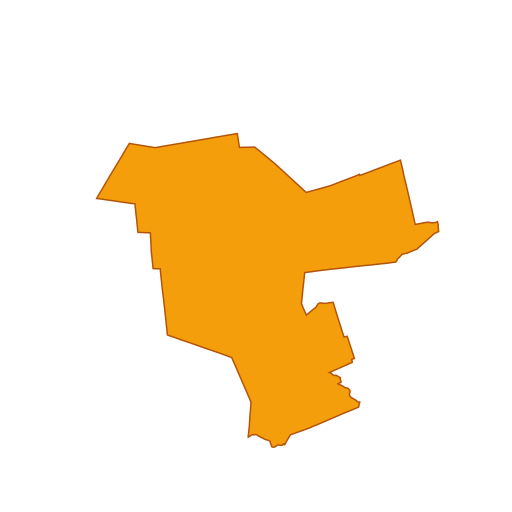 the district of Satchinez, Timis, Romania, rotated 32°
{"feature_id": "2599482B76356002585131", "entity_name": "Satchinez", "entity_type": "district", "adm_level": 2, "iso_a3": "ROU", "parent_name": "Romania", "parent_adm1": "Timis", "projection": "natural_earth1", "projection_center": [21.081, 45.93], "detail": "fine", "context": "isolated", "style": "filled", "palette": "amber", "viewbox_px": 512, "rotation_deg": 32, "n_neighbors": 0, "source": "geoboundaries", "source_scale": "gbopen_adm2", "svg_char_len": 4690}
<svg xmlns="http://www.w3.org/2000/svg" viewBox="0 0 512 512"><g transform="rotate(32 256 256)"><path d="M265.3,360.3L278.6,357.2L280.2,356.9L287.1,355.4L289.2,355.0L293.2,357.7L298.9,361.6L305.5,366.2L312.5,371.0L319.8,376.0L326.4,380.6L328.9,382.4L329.1,382.5L330.6,385.2L333.5,390.7L336.2,395.9L339.0,401.1L340.9,404.6L345.2,413.6L345.4,413.8L346.3,412.2L347.0,410.3L347.5,409.8L348.4,409.1L348.9,408.8L349.6,408.2L350.1,407.8L350.4,407.4L350.8,407.3L351.3,407.2L352.0,407.2L353.0,407.3L353.7,407.4L354.4,407.3L356.8,407.1L357.5,407.0L357.8,406.7L358.6,406.8L359.7,406.9L360.6,406.8L361.4,406.6L362.3,406.3L363.4,406.0L365.7,405.6L366.1,405.7L366.4,405.9L366.6,406.1L366.8,406.5L367.4,407.0L368.0,407.4L368.4,407.6L369.2,408.3L370.0,409.2L370.4,409.3L370.8,409.3L371.3,409.2L371.8,409.1L372.3,408.7L372.9,408.2L373.3,407.6L373.5,407.1L374.1,405.9L374.2,405.4L374.5,405.0L374.8,404.6L375.4,404.3L376.4,403.8L377.2,403.5L377.7,403.3L378.1,403.0L378.3,402.7L378.5,402.5L378.6,402.2L378.7,401.8L378.7,401.7L378.6,401.4L378.7,401.1L379.3,400.5L380.1,401.0L380.4,400.9L380.1,397.4L379.9,389.5L393.5,372.1L393.7,371.6L397.0,367.0L404.4,356.4L413.6,343.0L419.5,334.9L423.1,329.8L422.6,328.6L421.4,324.9L420.0,325.7L419.8,325.7L419.3,325.8L418.9,325.7L418.2,325.5L417.5,325.4L416.2,325.3L415.5,325.4L414.6,325.4L414.1,325.4L412.8,325.5L412.2,325.6L411.6,325.5L410.6,325.3L410.0,325.0L409.2,324.7L408.9,324.4L408.6,324.1L408.3,323.4L408.0,322.4L407.9,321.9L407.8,321.5L407.6,321.1L407.4,320.9L407.0,320.4L406.8,320.2L406.4,320.0L406.0,319.8L405.5,319.7L404.7,319.6L404.2,319.6L403.7,319.6L403.2,319.7L402.8,319.8L402.2,320.1L401.7,320.3L401.2,320.5L400.6,320.4L399.9,320.4L399.3,320.3L398.9,320.4L398.3,320.4L397.8,320.4L397.4,320.4L397.1,320.4L396.6,320.5L395.9,320.6L395.3,320.8L394.5,321.0L394.1,321.1L393.3,321.1L393.1,321.0L395.1,318.1L394.9,317.8L394.5,317.3L394.0,316.8L393.5,316.5L393.3,316.4L392.8,316.0L392.5,315.5L392.3,315.1L392.1,314.5L386.9,314.7L386.8,314.9L386.6,315.2L386.3,315.5L386.0,315.7L385.7,315.8L385.2,315.9L384.6,316.0L384.0,316.0L383.6,316.0L382.9,315.8L382.3,315.7L381.8,315.6L381.3,315.6L380.8,315.8L380.0,316.0L384.3,309.5L394.0,295.1L391.9,293.0L393.8,290.8L385.4,283.7L375.9,275.8L374.4,277.2L373.5,278.0L370.7,275.7L367.8,273.2L365.1,270.9L362.4,268.6L360.5,267.0L357.4,264.3L355.7,262.9L351.8,259.5L349.6,257.6L346.9,255.2L345.9,254.4L343.6,256.3L341.3,258.3L340.4,259.2L338.8,260.0L335.1,261.9L334.4,262.8L333.9,264.0L334.0,267.8L332.9,270.7L331.5,274.6L331.4,275.5L331.1,276.2L330.0,279.4L328.7,278.5L328.4,278.3L323.8,275.2L319.9,272.5L319.8,272.3L317.5,267.7L315.5,263.6L312.8,258.1L310.5,253.3L307.1,246.3L306.1,244.3L306.3,244.0L311.3,240.0L316.5,235.6L321.0,232.0L326.3,227.7L329.1,225.5L335.0,220.9L340.3,216.7L342.5,214.9L346.8,211.5L352.7,206.9L355.3,204.9L359.0,202.1L365.9,196.6L370.3,193.2L373.0,191.0L374.8,189.4L377.7,187.2L377.9,185.1L377.8,184.8L377.7,184.4L377.6,184.1L378.4,180.5L379.0,177.0L381.1,175.1L381.2,174.9L381.8,174.5L383.0,173.1L383.1,172.8L383.6,172.3L384.1,171.4L385.8,169.0L388.8,164.9L389.4,162.6L390.4,159.5L391.5,155.7L392.4,152.6L393.2,149.9L394.3,146.2L394.9,143.8L395.5,141.9L396.5,140.8L396.8,140.2L396.9,139.9L397.0,139.7L397.5,139.1L398.0,138.5L395.0,134.7L394.7,134.3L393.9,132.8L393.4,132.5L391.7,130.7L391.5,131.0L390.6,132.3L389.2,133.5L388.3,134.2L387.5,134.6L386.7,135.1L386.0,135.4L385.1,135.7L384.2,136.1L383.6,136.5L382.6,137.2L374.3,144.9L358.8,129.2L351.6,122.0L349.7,120.1L340.8,111.4L337.9,108.5L334.4,104.8L327.7,98.2L320.7,107.3L301.4,132.7L300.5,131.9L300.0,132.4L299.5,133.3L298.5,134.8L295.7,138.5L293.7,141.2L288.8,147.6L281.8,157.0L264.9,175.5L223.1,167.7L216.6,166.8L200.2,164.7L197.2,164.3L184.7,172.5L184.4,172.7L175.3,162.1L172.5,164.5L159.4,176.1L154.2,180.8L136.5,196.6L113.0,217.6L88.9,227.7L89.0,230.8L89.0,233.2L89.1,237.4L89.1,239.6L89.3,242.5L89.3,245.5L89.4,250.4L89.4,252.0L89.5,255.1L89.5,258.0L89.5,258.8L89.6,263.6L89.6,265.4L89.8,270.0L89.8,271.8L89.9,276.2L90.0,278.0L90.1,282.3L90.1,284.7L90.3,290.6L90.4,291.7L91.3,291.3L91.6,291.1L94.0,290.0L95.2,289.4L97.9,288.3L102.6,286.2L110.1,282.9L112.2,282.0L121.2,278.0L125.7,275.9L127.2,277.9L129.5,280.8L131.9,283.9L133.9,286.4L135.2,288.0L139.1,293.1L143.4,298.5L145.3,297.4L151.1,294.1L154.1,292.3L155.4,294.1L156.3,295.5L159.7,300.2L164.3,306.9L164.8,307.7L169.1,313.1L173.3,318.5L175.4,321.2L176.9,320.4L179.6,318.8L181.6,317.6L182.2,318.4L185.9,323.3L190.1,328.6L194.0,333.6L196.2,336.4L199.8,340.7L201.4,342.8L204.2,346.3L205.7,348.2L208.4,351.6L210.3,354.0L214.1,358.9L214.7,359.7L218.5,364.5L222.7,369.9L223.0,369.9L227.6,368.8L236.9,366.8L243.1,365.3L265.3,360.3Z" fill="#f59e0b" stroke="#b45309" stroke-width="1.5"/></g></svg>